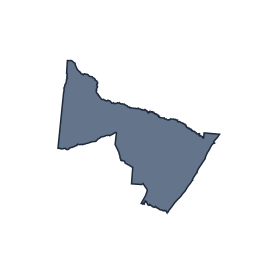 outline of Necochea, Buenos Aires, Argentina, rotated 321°
{"feature_id": "61730980B86190537601519", "entity_name": "Necochea", "entity_type": "district", "adm_level": 2, "iso_a3": "ARG", "parent_name": "Argentina", "parent_adm1": "Buenos Aires", "projection": "orthographic", "projection_center": [-59.026, -38.176], "detail": "fine", "context": "isolated", "style": "filled", "palette": "slate", "viewbox_px": 256, "rotation_deg": 321, "n_neighbors": 0, "source": "geoboundaries", "source_scale": "gbopen_adm2", "svg_char_len": 5913}
<svg xmlns="http://www.w3.org/2000/svg" viewBox="0 0 256 256"><g transform="rotate(321 128 128)"><path d="M132.9,71.4L132.9,70.6L132.6,70.0L133.1,69.6L133.0,69.0L133.1,68.5L133.0,68.0L132.2,67.3L132.5,66.6L132.4,65.5L131.8,65.1L131.5,64.6L130.7,63.8L130.5,62.9L130.3,62.6L130.4,62.1L130.6,61.8L130.1,61.1L130.0,60.3L129.0,59.8L128.6,59.1L128.5,58.6L128.1,58.3L126.9,58.5L126.6,58.2L126.7,57.9L126.5,57.3L125.9,56.9L125.7,55.6L126.1,55.0L125.7,54.2L125.9,53.6L125.6,53.3L125.5,51.5L125.3,51.0L125.5,50.5L125.5,49.9L126.0,48.5L126.4,46.5L126.9,45.8L127.0,45.2L127.5,44.6L127.6,44.1L127.0,42.8L126.9,41.0L126.6,40.6L126.4,40.0L125.7,39.2L124.5,38.6L123.4,37.4L114.6,46.9L114.5,47.2L114.8,47.4L114.6,47.6L114.5,48.3L113.1,49.2L113.1,49.7L112.3,50.2L112.2,50.6L112.0,51.1L111.8,51.0L110.8,51.5L109.7,52.7L107.9,54.2L106.6,54.5L106.0,54.8L105.6,55.5L103.5,56.5L103.2,57.1L102.6,57.5L102.4,57.9L102.3,58.3L101.8,58.9L101.0,59.2L100.6,59.8L99.8,60.4L60.8,99.7L61.5,100.4L62.6,101.1L62.6,101.7L62.8,102.2L63.3,102.3L64.3,103.3L65.0,103.4L66.5,104.4L66.3,105.0L66.7,105.5L66.8,106.2L67.8,106.9L68.9,107.1L69.4,106.8L70.0,106.8L70.3,107.1L71.8,107.4L72.8,108.1L73.4,108.1L74.7,108.7L75.6,108.6L76.3,109.1L76.7,109.1L77.2,109.4L77.5,109.4L77.8,108.9L78.5,108.8L80.1,110.7L81.5,111.3L82.1,112.3L82.5,112.5L83.6,112.7L84.1,113.2L85.9,113.8L87.1,114.5L89.2,115.2L89.8,115.6L90.5,115.5L91.2,116.0L92.7,116.9L94.0,117.7L94.1,117.9L95.2,118.1L97.7,117.7L100.2,118.1L101.0,118.0L102.0,118.1L102.3,118.6L103.0,119.0L105.0,119.8L105.6,119.8L106.7,120.3L107.3,120.9L108.4,121.4L108.7,121.6L108.8,122.4L109.2,122.6L109.9,122.6L112.3,123.2L113.0,123.1L113.6,123.3L115.2,123.4L116.0,124.4L107.6,132.7L105.7,140.8L104.5,143.4L104.2,144.5L103.2,145.9L102.7,147.1L102.7,147.9L102.1,148.7L102.6,149.6L102.8,149.5L103.2,149.7L103.7,150.4L103.8,150.7L104.3,151.5L104.4,151.9L103.7,153.3L103.8,153.9L104.7,155.6L104.8,156.4L105.4,157.3L106.3,160.3L106.9,161.6L95.6,173.6L103.1,180.6L104.7,180.6L104.1,187.9L103.8,188.4L103.4,188.9L99.1,191.6L90.7,194.9L90.7,195.1L91.5,195.6L91.5,196.3L92.5,196.4L92.5,197.4L93.1,197.3L93.0,196.5L93.5,196.3L93.7,196.0L94.6,196.4L94.8,196.0L95.4,195.6L95.4,196.2L95.9,196.3L96.0,196.7L95.8,196.9L95.5,198.8L95.3,199.1L95.3,199.5L95.1,199.9L95.1,200.2L95.4,200.9L95.8,201.1L95.8,201.4L96.0,201.5L96.7,201.1L96.9,201.5L96.8,202.0L97.1,202.5L97.2,203.1L97.7,204.3L97.5,204.5L98.2,205.7L98.5,205.9L98.8,206.4L99.1,206.2L100.1,206.3L100.2,206.5L100.0,207.6L100.5,209.0L100.9,209.3L101.2,210.2L101.0,210.7L101.5,211.8L102.8,213.2L103.1,214.2L103.6,214.8L104.7,215.1L104.6,215.7L105.4,216.1L105.4,216.7L105.1,217.8L104.9,218.0L104.9,218.3L105.0,218.2L105.9,218.6L108.4,217.6L110.3,217.3L117.5,215.4L122.1,214.7L124.0,214.6L126.7,214.2L128.4,213.6L132.8,212.9L137.3,211.2L142.8,209.9L144.5,209.3L145.5,209.3L145.7,208.6L146.3,208.2L151.1,206.6L153.9,206.0L154.3,205.3L156.9,204.0L168.8,200.3L169.9,199.3L172.4,198.0L174.5,197.0L177.1,196.2L180.6,194.6L182.6,193.9L184.7,193.6L185.2,194.0L186.3,194.7L185.9,194.3L185.3,194.0L185.5,193.2L186.1,192.6L189.0,191.9L190.6,191.8L195.2,190.5L184.1,179.7L180.5,183.3L180.0,183.0L179.9,182.6L180.7,181.9L180.0,181.4L180.1,180.8L179.8,180.3L179.7,179.9L179.2,179.7L178.8,179.4L178.7,178.9L178.5,178.6L178.6,178.4L179.4,178.3L179.9,177.8L180.0,177.4L179.4,177.2L178.9,176.6L178.3,176.5L177.8,175.9L178.1,175.0L177.4,174.0L177.7,173.0L177.2,172.3L177.3,172.1L177.2,171.9L176.5,171.7L176.3,171.3L176.4,170.9L176.2,170.4L175.7,170.1L175.8,169.5L176.4,169.2L176.1,168.4L175.4,168.0L175.4,167.7L175.7,167.4L175.6,166.8L174.9,166.3L174.5,166.3L174.8,165.2L174.2,164.8L174.0,164.5L174.2,163.6L174.3,163.5L174.3,162.8L174.8,162.5L174.3,161.8L174.3,161.6L174.7,161.1L174.6,160.7L174.0,160.1L174.0,159.6L173.5,159.0L173.7,158.6L173.6,158.4L173.2,158.2L172.8,157.5L172.4,156.5L172.2,156.3L172.2,155.5L171.2,154.6L170.8,154.7L170.9,153.4L171.4,152.9L170.6,152.4L170.4,151.9L170.5,151.4L170.4,151.2L169.6,150.9L169.1,149.7L168.0,149.1L167.0,147.8L166.4,147.6L165.2,147.7L164.6,147.0L164.1,147.0L163.9,146.7L163.5,146.0L163.5,145.2L162.3,144.3L162.6,143.0L161.8,142.6L161.3,141.9L160.7,141.6L159.7,140.1L159.4,139.9L158.9,139.2L159.0,138.5L159.7,138.4L159.6,138.2L159.1,137.9L159.5,137.1L159.5,136.9L158.9,136.7L158.9,136.0L159.1,135.9L159.1,135.5L158.5,135.0L158.4,134.8L158.6,134.4L158.2,134.0L157.9,134.0L157.9,133.4L157.6,133.1L158.0,132.1L157.1,131.7L156.9,131.4L157.2,131.3L157.3,130.8L157.2,130.7L156.3,129.9L155.8,129.9L155.2,129.6L155.1,129.3L155.2,129.1L154.8,129.3L154.5,128.7L154.3,128.8L153.2,129.1L153.2,128.5L153.1,128.2L153.5,127.7L153.3,127.1L153.5,126.9L153.2,126.5L153.2,126.3L153.3,126.1L153.0,126.0L152.9,124.6L152.4,124.5L152.6,124.3L152.5,124.1L152.1,124.2L151.0,123.6L150.9,122.9L149.9,122.4L149.8,121.2L148.9,120.7L148.6,120.1L148.7,119.7L148.4,119.0L148.2,119.1L146.7,118.3L146.4,117.5L145.5,117.1L145.1,116.4L143.8,115.2L142.8,113.7L142.1,113.6L142.2,112.4L141.8,112.0L141.3,111.8L141.2,111.5L141.2,110.5L141.3,110.1L140.7,109.5L140.6,108.5L140.2,108.2L140.2,107.1L139.1,106.3L138.9,105.9L138.4,105.5L138.4,105.2L137.8,104.9L137.4,104.3L137.3,103.7L137.0,103.3L137.1,102.8L136.3,102.7L135.7,101.8L134.9,101.8L134.3,101.2L133.1,100.9L132.6,100.0L132.7,99.3L131.9,99.2L131.6,98.9L131.1,98.7L131.0,97.8L131.2,97.5L130.9,96.5L131.0,96.1L130.8,95.3L130.2,94.2L129.7,94.1L129.4,93.6L128.7,93.8L128.1,93.2L128.0,92.4L127.3,91.7L127.1,90.4L125.9,89.8L125.6,89.2L125.5,88.3L125.6,87.3L125.4,86.6L125.7,85.9L125.5,85.7L125.5,85.1L125.8,84.6L125.8,84.2L125.5,83.8L126.0,83.2L125.8,82.6L125.9,82.3L125.6,81.2L125.8,80.6L126.1,80.4L126.1,80.0L126.3,79.6L126.9,79.4L126.9,79.0L127.4,78.6L127.7,78.6L127.8,78.1L127.9,77.8L128.4,77.7L129.1,77.2L129.7,77.2L130.3,76.8L130.2,76.3L130.6,75.7L130.6,75.3L130.5,75.0L131.4,74.5L131.8,74.6L132.0,74.1L132.4,74.2L133.1,73.5L132.9,72.8L133.2,72.3L133.3,72.0L133.2,71.6L132.9,71.4Z" fill="#64748b" stroke="#1e293b" stroke-width="1.5"/></g></svg>